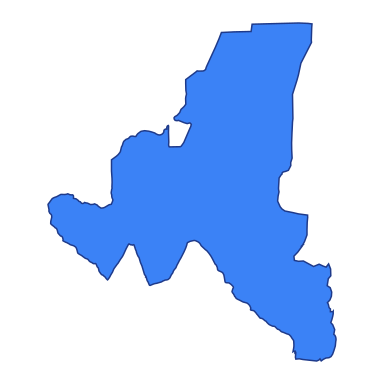 Labuhan Batu Selatan, Sumatera Utara, Indonesia
{"feature_id": "22746128B23995987640193", "entity_name": "Labuhan Batu Selatan", "entity_type": "district", "adm_level": 2, "iso_a3": "IDN", "parent_name": "Indonesia", "parent_adm1": "Sumatera Utara", "projection": "robinson", "projection_center": [100.002, 1.834], "detail": "fine", "context": "isolated", "style": "filled", "palette": "blue", "viewbox_px": 384, "rotation_deg": 0, "n_neighbors": 0, "source": "geoboundaries", "source_scale": "gbopen_adm2", "svg_char_len": 5978}
<svg xmlns="http://www.w3.org/2000/svg" viewBox="0 0 384 384"><path d="M104.8,207.3L103.2,207.9L101.0,208.1L98.3,206.3L97.3,205.1L94.7,203.9L94.3,203.9L93.2,204.4L92.1,204.4L90.8,204.6L90.2,204.4L87.7,203.2L86.8,203.0L85.8,202.9L84.8,202.5L84.4,202.5L83.8,203.2L83.4,203.4L82.6,203.5L81.6,203.3L81.3,203.0L80.3,201.8L79.0,201.4L78.2,200.4L76.0,198.8L73.5,198.4L73.5,196.7L73.4,195.7L73.2,195.3L72.6,194.9L72.4,194.8L71.5,194.9L69.9,194.7L67.8,193.8L66.3,194.3L64.7,194.5L60.9,194.4L56.6,196.7L54.3,197.5L52.9,198.2L52.3,198.6L51.9,199.0L49.2,202.8L48.4,203.7L48.1,204.3L48.0,204.6L49.0,209.7L48.9,211.2L49.7,213.1L51.3,214.6L51.7,215.8L51.7,217.5L50.8,221.2L50.7,222.8L50.7,223.7L51.5,224.6L54.4,226.9L55.3,227.9L56.1,228.2L56.7,228.9L57.2,230.0L58.0,233.1L60.1,235.5L60.6,236.0L61.6,236.2L61.9,236.5L62.4,237.1L63.1,239.3L62.9,240.5L63.0,240.8L65.6,242.2L67.2,242.8L67.8,243.2L68.8,243.7L70.3,244.7L73.6,245.7L75.6,247.0L76.1,247.7L76.6,248.8L77.2,250.8L77.5,252.2L77.8,253.0L78.0,253.3L79.1,254.1L81.9,255.7L82.3,256.1L85.3,258.3L87.4,259.0L88.0,259.4L89.3,261.1L90.3,261.9L91.7,262.5L93.3,263.6L94.5,263.7L95.3,263.5L95.9,263.8L96.3,264.6L96.9,265.9L97.1,266.7L98.2,267.8L98.5,268.7L99.0,271.0L99.5,271.9L100.1,272.6L100.5,273.4L101.5,274.5L102.3,275.0L103.1,275.2L103.9,276.1L104.8,276.7L106.3,278.7L107.5,279.9L108.0,279.5L109.5,277.4L110.8,274.9L112.5,272.1L113.7,269.2L114.1,268.5L117.2,264.2L118.0,263.3L120.4,259.4L122.4,256.6L123.5,254.5L126.2,248.6L128.4,244.5L128.8,244.0L129.4,244.0L130.0,244.5L130.4,244.6L131.0,244.9L131.8,244.8L132.6,245.1L133.7,244.7L134.1,245.1L134.3,245.6L134.5,246.6L135.0,247.6L135.1,248.3L135.4,249.2L136.3,251.3L136.4,252.1L137.2,254.4L138.2,256.5L138.8,257.2L139.1,257.8L140.5,262.6L142.0,266.1L144.5,274.5L145.8,276.2L145.6,277.1L146.2,277.3L147.2,280.7L148.0,281.9L149.3,285.0L149.6,285.3L150.2,285.4L153.8,283.9L155.4,283.5L156.7,283.3L161.5,281.9L162.8,281.1L165.4,280.0L166.2,280.0L167.9,279.6L169.3,278.5L169.9,277.8L171.3,274.9L172.8,272.8L173.3,271.3L173.8,270.4L174.6,269.3L175.6,268.2L176.2,267.1L176.4,266.5L177.0,265.1L178.4,262.5L179.4,260.5L181.0,257.8L184.0,251.9L185.8,247.8L186.7,245.2L187.1,243.5L187.5,242.6L190.2,241.3L193.9,240.5L194.8,240.5L195.8,240.8L198.3,242.0L199.6,243.1L200.3,244.1L201.0,245.4L201.4,245.9L205.2,249.5L206.9,250.8L208.9,253.2L210.8,255.9L212.4,258.7L215.2,264.2L215.8,264.6L216.4,265.4L217.3,267.5L217.6,269.6L217.9,270.1L218.6,270.7L221.6,272.0L222.7,272.8L223.0,273.3L223.8,274.8L224.3,277.2L225.0,281.5L225.4,282.4L226.2,282.7L228.7,282.9L229.3,283.1L231.2,284.5L233.0,286.4L233.4,287.2L233.3,287.9L232.7,289.0L232.5,289.9L232.2,290.8L232.0,291.5L232.1,291.9L232.6,292.9L233.1,293.4L233.5,293.9L233.7,294.5L234.3,295.3L234.6,296.3L235.1,296.7L235.6,297.5L236.3,298.5L238.1,299.5L239.3,300.0L242.5,301.7L243.2,302.0L246.5,302.9L247.6,303.4L249.6,305.4L250.5,307.3L250.7,307.8L250.7,308.6L250.5,309.6L250.6,309.9L251.2,310.2L253.4,310.6L254.3,311.1L255.9,312.8L256.8,314.1L257.4,314.7L259.8,317.8L260.2,318.1L262.1,318.5L262.8,318.9L265.1,320.8L266.0,321.2L267.0,322.5L268.5,324.0L269.4,324.7L272.4,326.1L274.0,326.3L274.8,326.5L275.2,326.8L277.1,328.8L277.6,329.2L278.7,329.5L279.6,330.0L281.0,331.4L281.6,331.8L283.7,332.5L286.7,333.8L288.7,334.4L289.3,334.8L290.7,336.2L292.2,338.6L293.1,339.7L293.7,340.9L293.9,344.4L293.9,346.3L293.6,348.5L293.0,351.7L293.8,351.2L295.0,351.1L294.9,352.2L295.3,351.7L295.6,352.0L295.8,352.6L295.4,357.2L295.8,359.1L299.3,358.8L302.9,359.5L316.7,361.0L319.0,360.0L320.0,358.9L321.2,360.9L323.4,359.3L325.2,358.4L326.1,358.0L329.0,357.7L331.0,356.6L332.6,354.2L333.9,350.6L335.3,346.0L335.8,341.0L336.0,340.1L336.0,338.9L335.7,337.0L334.9,335.3L333.8,334.4L334.7,329.6L332.7,324.7L330.8,322.6L331.9,319.5L332.7,316.4L333.2,313.8L333.2,311.2L332.9,311.6L330.4,311.7L330.4,308.9L329.5,308.2L329.0,307.3L328.3,304.2L327.4,302.7L329.9,300.0L331.4,296.3L331.7,292.1L330.2,287.7L327.2,285.7L328.3,278.7L330.8,275.8L330.6,269.0L328.6,263.9L326.1,267.1L323.4,266.2L319.1,264.2L313.6,266.5L303.4,261.0L298.5,261.3L294.4,260.4L293.9,256.2L297.7,252.2L302.1,246.2L301.6,246.0L302.8,245.0L302.7,245.0L304.6,241.4L307.0,234.9L307.0,229.5L307.2,222.5L307.7,217.1L307.6,216.5L307.6,215.1L298.5,213.9L292.9,212.6L284.9,211.0L282.0,209.0L280.2,206.8L277.6,201.1L278.1,196.1L279.0,191.9L278.6,189.7L278.5,188.2L279.1,178.0L281.1,174.9L281.9,174.3L282.2,172.8L283.3,171.9L285.6,171.4L288.4,170.3L290.8,165.6L290.7,162.6L292.1,158.1L291.7,150.1L291.6,142.8L292.0,132.3L292.2,128.6L292.5,122.1L292.9,118.6L292.5,94.4L296.9,80.4L298.4,75.0L300.9,63.2L311.5,42.4L311.3,40.1L311.7,27.8L312.0,23.9L308.0,23.4L298.7,23.0L252.1,24.2L251.1,31.5L233.9,31.9L221.4,32.5L219.0,38.8L215.5,47.0L206.5,66.6L206.0,68.0L205.6,69.5L204.0,70.7L202.8,71.0L198.5,71.1L197.1,70.9L195.7,72.1L185.7,79.6L185.7,83.4L185.9,90.5L186.5,94.0L185.8,96.9L185.6,98.7L185.8,104.2L184.2,106.4L183.1,107.5L181.0,109.4L179.7,112.6L177.2,115.3L174.8,116.7L174.0,117.9L174.3,119.3L175.2,120.4L177.0,120.7L178.5,120.4L183.9,122.6L187.2,123.6L189.9,122.9L191.3,124.3L190.7,126.7L190.1,127.9L183.8,142.5L181.2,146.2L180.3,146.7L169.8,146.9L169.2,146.8L169.0,146.6L168.6,145.0L168.8,142.2L168.5,132.5L168.6,126.2L168.4,125.5L167.9,125.6L167.3,126.1L166.8,127.2L166.8,129.1L165.3,129.1L164.0,130.2L163.7,132.3L163.1,133.2L162.4,133.9L161.4,134.5L159.9,135.0L158.1,134.8L156.1,133.9L154.8,133.0L151.8,132.0L148.8,131.2L144.6,130.7L141.7,131.2L140.7,131.5L137.9,133.6L136.9,134.8L135.8,136.5L133.9,136.4L133.1,136.1L132.5,136.1L130.9,136.2L130.2,136.6L129.1,137.7L128.7,138.3L127.1,139.0L126.1,139.3L124.2,140.9L123.7,141.5L123.2,142.6L122.3,145.5L121.5,146.9L120.9,149.4L120.4,151.5L119.8,152.6L118.1,154.7L116.3,156.3L111.5,159.8L111.5,171.0L112.0,178.2L112.1,182.4L111.9,187.1L112.1,188.2L111.7,189.3L111.4,191.3L111.2,192.2L111.3,193.7L111.7,194.8L111.8,196.8L112.1,197.9L112.6,199.0L112.9,200.0L112.4,201.7L111.3,204.3L110.1,204.5L109.0,204.8L104.8,207.3Z" fill="#3b82f6" stroke="#1e3a8a" stroke-width="1.5"/></svg>